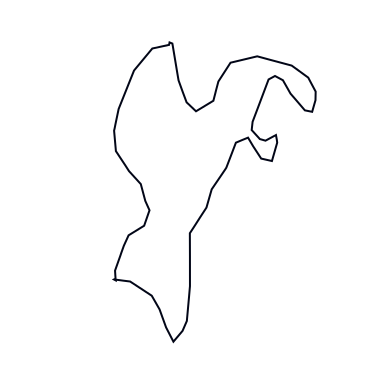 Gbor, Nimba, Liberia, rotated 286°
{"feature_id": "62588387B71745180805277", "entity_name": "Gbor", "entity_type": "district", "adm_level": 2, "iso_a3": "LBR", "parent_name": "Liberia", "parent_adm1": "Nimba", "projection": "natural_earth1", "projection_center": [-8.695, 7.096], "detail": "fine", "context": "isolated", "style": "outline", "palette": "ink", "viewbox_px": 384, "rotation_deg": 286, "n_neighbors": 0, "source": "geoboundaries", "source_scale": "gbopen_adm2", "svg_char_len": 1325}
<svg xmlns="http://www.w3.org/2000/svg" viewBox="0 0 384 384"><g transform="rotate(286 192 192)"><path d="M329.6,129.2L327.1,129.4L319.0,114.3L296.9,104.6L292.8,102.8L282.1,101.7L251.6,98.6L236.5,99.7L231.7,100.1L229.5,100.2L210.3,107.6L199.1,120.7L194.7,125.7L187.1,138.0L185.5,140.6L170.5,149.6L165.3,154.0L162.7,156.2L146.4,155.3L132.9,143.0L121.5,141.3L113.8,140.8L111.3,140.7L95.2,139.7L87.6,142.4L86.4,141.1L86.0,143.0L86.7,142.7L87.9,150.8L88.9,157.2L81.2,181.9L74.7,188.6L70.2,193.2L54.7,204.4L43.0,215.4L55.9,221.2L66.6,222.6L89.6,218.2L100.9,216.0L103.7,215.2L129.1,207.9L151.8,201.3L157.9,203.2L161.2,204.2L170.6,207.0L181.0,210.2L199.5,210.2L200.0,210.2L208.8,213.1L222.8,217.7L224.8,218.3L237.3,219.4L251.5,220.6L255.7,225.8L259.7,230.9L252.8,238.2L243.2,249.3L243.7,258.3L243.8,260.3L262.9,260.3L265.7,259.1L269.9,257.0L261.6,248.5L261.6,242.6L262.5,241.2L268.0,232.3L276.2,230.9L290.5,232.1L321.3,234.6L325.7,239.1L326.4,239.8L324.5,248.6L313.7,259.6L309.0,266.8L301.6,278.0L302.2,285.4L314.3,285.4L322.6,283.2L329.2,276.8L334.0,272.2L341.0,253.0L340.6,231.1L340.4,217.3L334.8,207.4L326.9,193.4L310.1,188.3L305.5,186.9L295.8,187.1L293.3,187.2L285.6,187.4L270.7,173.6L276.7,162.1L285.5,155.6L295.6,148.3L301.0,145.7L327.9,132.9L329.3,132.2L329.6,129.2Z" fill="none" stroke="#020617" stroke-width="2"/></g></svg>